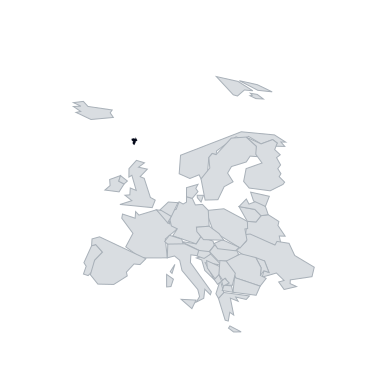 where Faroe Islands sits in Europe, rotated 17°
{"feature_id": "FRO", "entity_name": "Faroe Islands", "entity_type": "country or territory", "adm_level": 0, "iso_a3": "FRO", "parent_name": "Europe", "parent_adm1": "", "projection": "natural_earth1", "projection_center": [-6.816, 61.885], "detail": "coarse", "context": "in_parent", "style": "filled", "palette": "ink", "viewbox_px": 384, "rotation_deg": 17, "n_neighbors": 38, "source": "natural_earth", "source_scale": "50m", "svg_char_len": 8160}
<svg xmlns="http://www.w3.org/2000/svg" viewBox="0 0 384 384"><g transform="rotate(17 192 192)"><path d="M181.5,74.5L203.7,72.8L220.6,77.4L212.3,79.1L207.4,86.9L203.1,87.0L181.5,74.5ZM267.4,121.3L258.4,123.8L259.2,120.3L253.8,118.3L244.0,125.8L229.8,122.3L225.5,127.1L218.0,126.3L203.5,145.5L204.1,149.3L200.1,149.2L198.0,154.1L201.4,170.0L196.8,176.8L193.7,173.5L186.0,179.7L174.4,178.3L170.3,160.2L221.5,120.0L254.2,113.3L267.0,116.9L262.4,118.2L267.4,121.3ZM239.4,72.8L225.2,75.5L204.7,71.7L223.2,70.3L239.4,72.8ZM233.1,82.2L225.8,84.0L219.3,83.0L221.4,81.8L218.9,80.5L225.9,79.6L233.1,82.2Z" fill="#d9dde1" stroke="#a8b0b8" stroke-width="1"/><path d="M163.2,219.4L188.7,231.5L180.2,244.7L187.6,262.2L162.1,270.1L144.7,263.8L147.6,248.8L132.5,237.6L132.0,233.4L145.3,233.7L143.8,227.2L148.0,229.6L163.2,219.4ZM194.5,274.5L196.8,266.2L196.7,275.7L194.5,274.5Z" fill="#d9dde1" stroke="#a8b0b8" stroke-width="1"/><path d="M196.8,176.8L202.0,163.8L198.0,154.1L200.1,149.2L204.1,149.3L213.8,129.0L227.8,123.6L240.2,129.4L243.6,139.2L237.1,140.7L235.1,147.4L222.3,156.1L220.5,163.5L228.3,170.2L221.2,177.5L219.0,191.8L206.9,195.9L196.8,176.8Z" fill="#d9dde1" stroke="#a8b0b8" stroke-width="1"/><path d="M271.5,191.4L283.7,194.8L284.0,198.9L294.0,207.0L288.3,208.6L291.4,214.1L286.8,218.5L255.6,217.0L253.5,203.9L262.0,201.9L264.9,194.5L271.5,191.4Z" fill="#d9dde1" stroke="#a8b0b8" stroke-width="1"/><path d="M312.6,250.9L319.6,251.9L308.6,258.3L301.2,252.7L305.9,249.7L296.4,244.8L284.0,252.9L283.8,246.3L289.1,246.4L281.5,236.7L264.7,238.8L251.7,234.9L258.3,223.5L255.6,217.0L259.9,215.2L286.8,218.5L287.7,214.4L299.8,212.7L308.8,222.7L330.9,228.2L331.5,237.9L311.7,247.3L312.6,250.9Z" fill="#d9dde1" stroke="#a8b0b8" stroke-width="1"/><path d="M253.5,203.9L255.9,210.7L253.4,211.9L258.6,221.9L254.3,231.5L224.0,223.5L213.2,209.1L212.9,204.8L227.4,198.7L253.5,203.9Z" fill="#d9dde1" stroke="#a8b0b8" stroke-width="1"/><path d="M229.0,236.6L225.4,244.9L219.3,246.3L195.7,242.5L211.1,240.4L213.4,232.3L226.4,232.8L229.0,236.6Z" fill="#d9dde1" stroke="#a8b0b8" stroke-width="1"/><path d="M251.7,234.9L254.9,238.0L248.4,247.0L237.1,250.2L226.2,243.9L229.0,236.6L251.7,234.9Z" fill="#d9dde1" stroke="#a8b0b8" stroke-width="1"/><path d="M272.2,236.1L281.5,236.7L289.1,246.4L283.8,246.3L281.8,251.8L280.2,244.2L272.2,236.1Z" fill="#d9dde1" stroke="#a8b0b8" stroke-width="1"/><path d="M281.8,251.8L288.2,252.9L284.7,262.1L258.8,261.4L244.9,248.1L256.7,236.8L272.2,236.1L280.2,244.2L281.8,251.8Z" fill="#d9dde1" stroke="#a8b0b8" stroke-width="1"/><path d="M264.9,194.5L262.0,201.9L253.5,203.9L241.2,192.2L257.2,190.3L264.9,194.5Z" fill="#d9dde1" stroke="#a8b0b8" stroke-width="1"/><path d="M266.4,184.3L271.5,191.4L264.9,194.5L257.2,190.3L241.2,192.2L246.0,182.8L250.0,186.9L256.9,181.6L266.4,184.3Z" fill="#d9dde1" stroke="#a8b0b8" stroke-width="1"/><path d="M267.2,173.5L266.4,184.3L253.5,182.6L248.1,175.0L267.2,173.5Z" fill="#d9dde1" stroke="#a8b0b8" stroke-width="1"/><path d="M212.9,204.8L218.4,219.7L206.6,224.4L213.4,232.3L211.1,240.4L186.4,239.5L188.7,231.5L182.2,230.5L179.2,225.2L178.3,215.5L181.9,213.3L182.5,205.1L187.0,206.1L189.7,203.3L188.1,198.1L194.1,198.0L199.0,203.4L205.6,200.8L212.9,204.8Z" fill="#d9dde1" stroke="#a8b0b8" stroke-width="1"/><path d="M257.2,259.1L258.8,261.4L284.7,262.1L283.5,272.0L260.5,275.9L257.2,259.1Z" fill="#d9dde1" stroke="#a8b0b8" stroke-width="1"/><path d="M279.9,311.4L272.7,313.7L266.7,311.5L267.4,309.0L279.9,311.4ZM251.8,278.8L277.3,274.6L275.3,278.9L264.5,279.7L268.1,283.0L259.7,282.3L267.9,297.5L263.3,296.0L264.4,304.8L261.2,304.9L248.4,286.0L251.8,278.8Z" fill="#d9dde1" stroke="#a8b0b8" stroke-width="1"/><path d="M251.8,278.8L248.4,286.0L244.6,282.3L244.8,268.1L251.8,278.8Z" fill="#d9dde1" stroke="#a8b0b8" stroke-width="1"/><path d="M228.0,245.9L241.6,253.3L225.3,255.7L238.9,269.3L227.2,263.3L221.2,254.2L215.5,253.8L228.0,245.9Z" fill="#d9dde1" stroke="#a8b0b8" stroke-width="1"/><path d="M196.0,240.1L199.9,246.1L186.2,250.1L180.3,247.3L183.1,240.0L196.0,240.1Z" fill="#d9dde1" stroke="#a8b0b8" stroke-width="1"/><path d="M178.0,225.4L180.0,229.0L177.7,228.6L178.0,225.4Z" fill="#d9dde1" stroke="#a8b0b8" stroke-width="1"/><path d="M179.4,221.4L177.7,228.6L163.2,219.4L174.0,217.6L179.4,221.4Z" fill="#d9dde1" stroke="#a8b0b8" stroke-width="1"/><path d="M181.7,206.3L179.4,221.4L166.7,218.3L172.3,208.5L181.7,206.3Z" fill="#d9dde1" stroke="#a8b0b8" stroke-width="1"/><path d="M111.7,272.8L115.3,270.4L124.0,275.7L118.8,285.9L121.0,295.1L117.1,302.3L112.2,302.2L112.5,293.9L109.3,291.2L111.7,272.8Z" fill="#d9dde1" stroke="#a8b0b8" stroke-width="1"/><path d="M119.0,300.8L118.8,285.9L124.0,275.7L115.3,270.4L111.7,272.8L110.1,266.1L116.7,261.9L167.4,269.3L163.5,276.6L157.6,277.8L152.7,287.8L154.6,291.2L144.2,303.3L128.9,307.6L119.0,300.8Z" fill="#d9dde1" stroke="#a8b0b8" stroke-width="1"/><path d="M124.7,204.2L122.2,213.2L108.1,215.6L111.8,209.8L109.6,204.1L118.8,197.2L118.8,203.1L124.7,204.2Z" fill="#d9dde1" stroke="#a8b0b8" stroke-width="1"/><path d="M200.1,243.7L215.5,245.9L216.6,251.2L209.3,252.4L211.1,259.9L239.7,281.7L239.6,284.9L232.7,281.2L234.3,290.2L228.3,296.0L229.8,289.8L226.0,283.5L205.4,270.0L200.2,260.9L194.0,258.3L187.6,262.2L184.1,248.9L200.1,243.7ZM213.0,297.8L227.4,294.2L226.0,303.6L213.0,297.8ZM191.8,278.2L199.7,280.8L199.5,288.6L195.5,290.2L191.8,278.2Z" fill="#d9dde1" stroke="#a8b0b8" stroke-width="1"/><path d="M194.1,198.0L188.1,198.1L185.5,189.4L195.5,182.9L194.6,187.5L197.6,189.9L194.1,198.0ZM204.0,191.8L203.6,199.0L198.8,195.9L197.9,193.6L204.0,191.8Z" fill="#d9dde1" stroke="#a8b0b8" stroke-width="1"/><path d="M124.7,204.2L118.8,203.1L118.8,197.2L127.0,200.4L124.7,204.2ZM138.2,206.8L129.6,193.6L127.3,196.2L124.9,188.1L129.6,178.0L138.0,178.0L133.6,183.9L142.6,183.2L137.9,192.5L142.3,192.9L153.8,209.4L159.2,210.5L158.5,218.6L126.7,225.0L137.0,217.9L128.8,214.7L133.4,212.9L131.8,206.2L138.2,206.8Z" fill="#d9dde1" stroke="#a8b0b8" stroke-width="1"/><path d="M91.7,136.9L90.6,140.2L95.0,143.7L74.2,152.2L57.8,149.8L62.0,147.5L53.6,144.9L60.7,142.4L52.5,141.2L61.6,137.1L67.5,140.6L91.7,136.9Z" fill="#d9dde1" stroke="#a8b0b8" stroke-width="1"/><path d="M215.5,245.9L226.2,243.9L228.0,245.9L223.0,252.0L215.6,251.7L215.5,245.9Z" fill="#d9dde1" stroke="#a8b0b8" stroke-width="1"/><path d="M259.2,120.3L258.7,127.3L265.5,130.6L262.8,134.4L268.8,140.2L267.2,144.6L271.7,148.5L270.9,151.9L277.7,155.5L276.8,158.1L266.4,168.0L245.5,171.5L238.3,166.8L236.9,153.8L250.5,143.8L241.9,137.2L240.2,129.4L227.8,123.6L244.0,125.8L253.8,118.3L259.2,120.3Z" fill="#d9dde1" stroke="#a8b0b8" stroke-width="1"/><path d="M253.3,231.1L250.8,235.5L233.1,238.7L228.3,234.6L235.1,228.8L253.3,231.1Z" fill="#d9dde1" stroke="#a8b0b8" stroke-width="1"/><path d="M218.4,219.7L230.1,223.9L236.5,228.8L216.9,234.2L208.2,228.5L206.6,224.4L218.4,219.7Z" fill="#d9dde1" stroke="#a8b0b8" stroke-width="1"/><path d="M239.4,268.3L228.9,260.2L226.0,253.3L241.8,255.4L242.9,262.9L239.4,268.3Z" fill="#d9dde1" stroke="#a8b0b8" stroke-width="1"/><path d="M257.2,270.2L260.5,275.9L249.7,277.4L249.9,271.8L257.2,270.2Z" fill="#d9dde1" stroke="#a8b0b8" stroke-width="1"/><path d="M238.7,249.4L244.9,248.1L257.2,257.1L257.9,269.4L253.6,270.6L249.4,264.7L247.1,267.3L241.9,263.2L238.7,249.4Z" fill="#d9dde1" stroke="#a8b0b8" stroke-width="1"/><path d="M246.4,268.6L243.5,272.8L238.9,269.3L241.9,263.2L246.4,268.6Z" fill="#d9dde1" stroke="#a8b0b8" stroke-width="1"/><path d="M249.2,272.9L246.4,268.6L248.6,265.0L254.2,268.1L249.2,272.9Z" fill="#d9dde1" stroke="#a8b0b8" stroke-width="1"/><path d="M122.8,158.8L122.7,159.5L122.2,159.3L121.9,159.4L122.0,159.5L122.4,160.1L122.5,160.2L122.4,160.3L122.1,160.1L121.2,159.5L120.6,158.5L121.5,158.4L122.8,158.8ZM120.3,159.2L120.9,159.5L121.0,159.6L120.8,159.8L120.2,159.8L119.7,159.6L119.6,159.3L120.3,159.2ZM122.5,163.0L122.2,162.9L121.7,162.5L121.6,162.0L121.8,162.1L122.4,162.3L122.3,162.5L122.5,162.7L122.5,163.0ZM122.8,161.1L122.8,161.3L122.6,161.3L121.9,160.9L121.8,160.6L122.1,160.6L122.7,160.8L122.8,160.9L122.8,161.1ZM123.7,158.7L123.5,159.0L123.2,158.9L123.1,158.2L123.4,158.5L123.7,158.7Z" fill="#0f172a" stroke="#020617" stroke-width="1.5"/></g></svg>